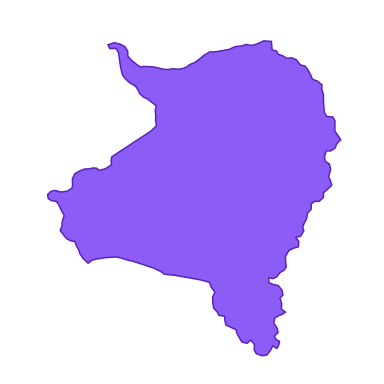 Cromínia, Goiás, Brazil, rotated 5°
{"feature_id": "56859067B21383139216315", "entity_name": "Cromínia", "entity_type": "district", "adm_level": 2, "iso_a3": "BRA", "parent_name": "Brazil", "parent_adm1": "Goiás", "projection": "orthographic", "projection_center": [-49.359, -17.252], "detail": "fine", "context": "isolated", "style": "filled", "palette": "violet", "viewbox_px": 384, "rotation_deg": 5, "n_neighbors": 0, "source": "geoboundaries", "source_scale": "gbopen_adm2", "svg_char_len": 2650}
<svg xmlns="http://www.w3.org/2000/svg" viewBox="0 0 384 384"><g transform="rotate(5 192 192)"><path d="M280.8,347.9L284.1,342.7L285.8,338.2L290.1,340.5L291.7,337.2L292.2,333.1L288.8,331.8L286.7,328.3L290.0,324.3L288.8,320.6L284.8,315.1L285.7,309.9L289.4,307.6L292.6,306.0L295.6,303.5L291.3,300.8L291.1,295.5L288.9,290.1L291.5,286.8L290.3,282.0L286.1,277.7L280.5,276.9L276.4,275.5L276.0,270.8L280.2,271.2L283.6,269.3L286.8,264.5L290.8,261.7L292.4,258.2L291.3,253.0L290.7,248.0L293.8,241.6L298.2,239.1L302.8,237.3L302.6,231.8L299.3,228.3L304.1,226.4L306.8,221.0L305.3,217.3L306.5,213.3L308.4,208.9L309.0,202.9L312.2,198.9L311.9,193.4L315.0,190.7L319.5,190.2L323.4,186.1L323.1,181.2L327.1,177.1L330.7,173.1L328.7,168.2L326.7,165.0L327.5,161.1L328.1,157.0L326.5,152.2L322.0,149.8L320.9,145.1L322.2,139.4L326.7,139.0L330.7,135.7L332.1,131.1L335.6,127.0L332.3,122.8L329.0,118.8L328.6,113.6L328.2,108.5L325.7,105.0L319.5,105.0L317.0,101.2L315.8,95.1L315.0,89.4L314.4,83.3L312.3,78.4L312.1,73.9L307.5,70.7L302.1,69.1L299.9,64.8L297.0,60.4L293.8,56.7L288.9,56.0L284.6,51.3L279.9,49.6L274.6,50.6L270.4,48.3L266.3,47.4L263.7,44.1L259.4,43.5L258.0,35.0L254.1,35.2L250.4,35.1L244.0,38.8L238.9,40.8L233.0,40.3L228.5,42.2L222.1,43.5L216.2,46.9L212.2,47.9L203.8,50.1L197.4,51.0L192.0,54.8L187.9,58.9L183.5,62.7L179.0,65.0L175.0,68.4L171.2,70.1L167.3,70.9L162.1,70.9L157.5,72.1L152.2,72.1L146.1,71.1L140.9,70.7L133.2,71.1L129.5,71.8L126.0,69.9L121.1,66.6L116.3,62.4L115.7,57.3L112.4,53.0L107.6,51.0L101.6,50.0L95.5,52.6L97.6,56.3L103.7,55.6L106.6,59.5L109.5,71.8L110.9,76.8L112.6,81.5L116.1,85.3L120.4,88.6L126.6,91.6L129.3,95.0L131.6,98.9L135.7,101.8L139.0,103.0L145.0,106.7L148.9,109.4L148.3,114.0L149.2,119.0L149.5,123.9L150.8,129.2L145.4,135.2L112.3,161.3L109.0,164.0L108.7,167.8L109.5,171.8L103.9,176.2L97.9,178.6L94.8,176.6L91.1,176.7L87.4,178.0L83.3,178.4L78.7,180.5L73.8,183.9L71.7,189.2L72.3,194.8L72.3,198.5L67.4,202.2L61.4,203.4L55.6,202.4L51.3,203.8L48.4,207.2L49.3,211.1L52.9,212.9L57.6,213.2L60.3,216.2L62.4,220.1L66.7,226.4L65.2,233.0L65.4,237.5L64.0,241.8L66.9,245.0L71.0,249.3L75.1,251.1L79.5,251.5L81.6,255.8L84.2,259.4L85.5,262.9L89.0,267.4L94.7,272.0L98.3,268.7L102.8,267.1L111.7,264.9L122.6,263.3L127.4,264.0L133.9,265.5L139.8,266.3L150.3,268.7L161.4,271.4L168.1,274.1L171.7,276.3L181.9,276.5L198.6,277.9L208.8,278.9L217.4,280.5L219.6,285.4L223.6,289.8L221.7,294.7L222.3,300.3L223.8,305.9L227.6,309.4L229.5,312.5L235.3,312.9L236.0,317.5L237.5,321.6L243.6,323.8L247.8,325.2L249.2,329.3L254.8,337.2L260.2,337.9L263.6,334.4L267.5,338.6L267.8,343.9L270.1,347.4L276.0,349.0L280.8,347.9Z" fill="#8b5cf6" stroke="#5b21b6" stroke-width="1.5"/></g></svg>